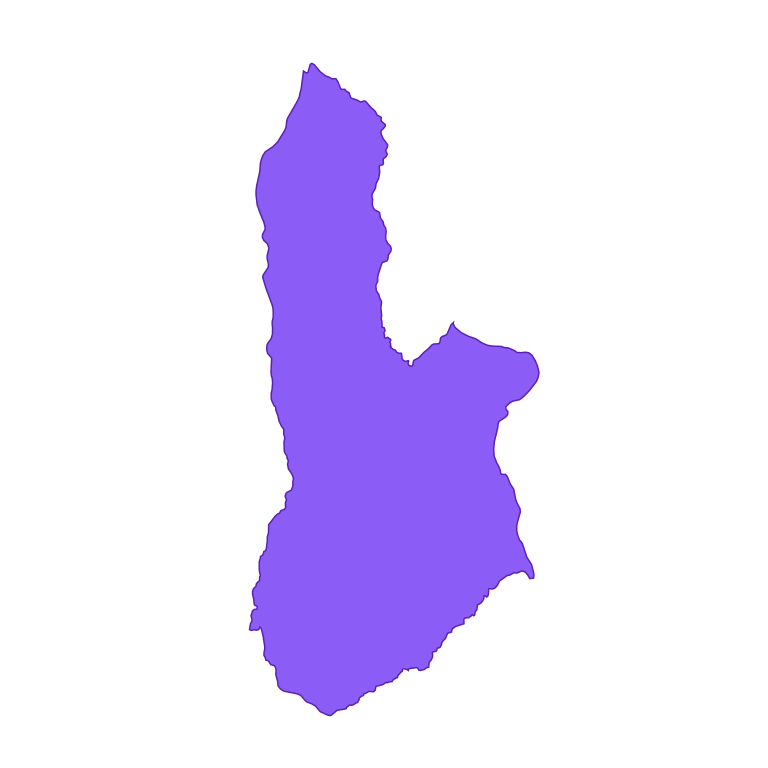 the district of Valparaíso, Antioquia, Colombia, rotated 355°
{"feature_id": "7082276B83090451858896", "entity_name": "Valparaíso", "entity_type": "district", "adm_level": 2, "iso_a3": "COL", "parent_name": "Colombia", "parent_adm1": "Antioquia", "projection": "natural_earth1", "projection_center": [-75.63, 5.665], "detail": "fine", "context": "isolated", "style": "filled", "palette": "violet", "viewbox_px": 768, "rotation_deg": 355, "n_neighbors": 0, "source": "geoboundaries", "source_scale": "gbopen_adm2", "svg_char_len": 6146}
<svg xmlns="http://www.w3.org/2000/svg" viewBox="0 0 768 768"><g transform="rotate(355 384 384)"><path d="M228.6,617.0L230.8,618.0L233.3,617.4L235.3,618.1L237.7,617.8L239.1,615.4L239.8,615.7L240.1,616.3L240.8,619.1L241.6,624.8L242.3,634.9L242.2,637.2L241.0,641.3L240.8,644.0L241.8,646.1L242.3,648.9L243.8,649.2L244.7,649.9L246.8,653.7L250.2,655.0L251.0,656.5L251.6,659.2L250.9,664.3L252.1,670.8L252.1,674.8L252.3,675.6L253.6,677.9L254.7,679.2L257.4,681.2L269.9,684.9L273.8,686.8L278.2,692.9L279.7,694.2L283.8,696.1L287.8,698.9L291.5,704.4L292.6,705.3L298.9,708.8L301.4,709.6L302.7,709.3L308.8,705.0L317.5,704.3L318.0,704.2L318.6,702.8L320.1,702.1L321.0,701.0L322.2,700.8L323.7,701.2L325.8,700.8L328.3,699.3L329.8,699.0L331.6,696.4L332.1,694.6L334.1,693.1L335.6,692.8L336.6,692.1L336.8,691.0L337.1,690.8L338.9,690.5L342.1,688.9L346.1,689.6L347.3,689.5L348.6,688.2L349.5,684.8L349.9,684.5L356.5,683.4L360.3,681.4L361.2,681.9L363.3,681.2L366.2,681.2L367.0,679.8L368.4,678.8L369.7,678.4L370.1,677.8L371.7,677.7L372.5,675.7L375.8,672.5L377.2,671.8L377.5,670.0L378.2,669.4L379.3,669.4L382.2,670.6L383.3,671.5L383.6,670.3L384.4,669.7L391.6,669.4L392.7,669.8L393.7,672.0L395.5,672.6L399.4,671.8L401.4,670.4L403.9,670.0L404.4,666.2L405.9,663.8L407.0,663.1L408.5,660.2L408.9,657.8L408.7,655.9L409.0,655.2L412.4,654.9L413.5,653.8L413.7,652.2L414.0,651.8L416.5,651.5L416.9,651.2L418.1,649.4L419.6,645.8L423.1,642.8L425.6,637.9L429.6,637.0L430.6,633.9L434.5,631.7L442.8,629.8L443.0,625.6L443.7,624.7L445.2,624.0L447.7,624.3L450.7,622.7L451.5,621.5L451.9,621.5L453.0,622.7L454.1,622.3L454.9,619.0L456.8,617.0L457.8,612.4L461.2,610.8L463.6,608.5L464.5,607.0L465.3,603.8L466.0,603.7L467.7,605.1L468.7,604.7L469.6,602.7L470.5,597.4L471.3,597.0L472.9,597.5L474.6,597.6L476.6,597.0L479.4,594.5L481.9,590.3L489.9,585.6L493.1,585.2L496.7,583.4L500.4,583.9L504.4,582.4L506.5,582.6L509.0,584.4L509.5,585.6L510.3,586.3L512.3,590.6L516.1,590.4L516.7,587.4L516.5,584.0L515.2,576.6L511.2,569.0L508.1,555.6L507.1,553.5L505.5,551.4L504.5,548.3L503.6,544.0L503.5,540.8L503.9,537.1L504.6,533.9L508.7,523.4L508.6,520.0L506.2,514.4L505.1,510.3L504.1,500.3L501.0,494.4L498.7,486.7L497.2,484.7L493.4,484.2L492.5,483.1L492.3,480.1L491.2,476.5L489.4,472.3L487.7,466.4L487.4,465.0L487.6,458.4L488.9,451.1L493.5,437.5L494.0,434.5L495.1,431.4L502.2,427.5L503.7,426.3L504.7,424.6L505.0,422.1L503.3,420.1L503.3,417.5L504.5,416.2L508.1,413.6L510.8,412.3L517.7,411.4L522.4,408.4L528.7,402.8L536.2,394.6L538.2,390.5L539.4,386.0L538.5,379.7L536.7,373.9L534.0,368.3L530.9,365.5L527.8,364.7L522.8,364.7L519.1,364.1L517.2,362.3L511.3,359.0L506.5,358.0L504.1,356.8L494.5,355.6L490.4,354.4L485.3,351.7L479.2,346.9L472.2,343.8L465.3,339.5L459.7,333.8L458.1,329.9L458.4,328.9L455.9,330.9L451.4,339.4L450.2,340.6L445.9,341.8L444.3,343.1L443.5,346.8L442.1,348.7L437.3,348.5L435.5,349.0L431.1,352.8L426.5,356.0L420.9,360.9L415.8,363.0L415.1,364.3L414.5,367.2L414.0,368.1L413.1,368.7L410.4,367.8L409.7,365.3L410.6,363.4L410.3,362.9L406.9,363.3L404.8,361.7L404.2,360.1L404.2,356.3L403.9,354.9L401.0,354.5L399.2,353.2L398.1,351.1L396.6,350.6L393.6,347.8L393.5,347.2L394.1,347.1L394.2,346.5L393.9,345.6L394.1,344.5L393.3,342.5L394.6,341.0L394.4,339.9L392.7,338.8L391.8,337.8L389.3,338.5L388.8,338.2L388.5,337.3L388.7,335.1L388.3,333.1L389.7,330.8L389.1,328.0L387.1,327.3L387.3,321.1L386.8,318.9L387.6,315.7L387.5,307.9L388.7,302.4L388.6,301.2L387.2,297.9L386.7,294.5L384.5,290.6L384.4,285.6L384.8,284.3L386.7,281.1L387.0,277.0L387.8,274.4L391.7,265.0L393.0,262.7L397.3,261.8L398.4,260.7L399.0,259.0L399.5,256.0L402.5,252.2L403.0,249.5L402.4,247.2L400.0,244.2L398.6,241.0L398.4,239.4L398.6,236.5L399.3,233.2L399.3,229.3L397.6,225.5L397.3,222.4L394.9,218.3L394.6,213.3L393.5,211.9L390.0,209.8L388.7,207.5L388.2,205.9L388.1,202.7L388.7,199.3L388.3,195.5L389.1,193.1L392.5,188.3L393.6,183.8L396.5,179.0L398.2,172.4L398.2,166.8L399.3,165.9L402.0,165.4L402.7,164.0L402.7,160.7L403.0,159.7L406.0,157.6L407.3,155.5L406.0,151.6L408.1,148.1L408.5,146.0L404.6,139.6L403.3,135.9L402.8,132.9L403.5,131.0L405.5,129.7L407.5,127.5L407.9,126.5L407.8,125.6L404.5,122.2L404.0,120.4L404.6,118.6L404.4,118.0L400.6,115.5L399.0,111.6L394.4,106.5L390.3,100.7L388.4,100.3L385.1,101.1L382.0,98.8L376.2,96.3L375.8,95.6L374.5,90.6L372.1,89.2L370.6,87.0L367.3,86.8L366.4,85.7L364.5,79.2L362.7,75.6L358.8,75.5L356.2,73.6L352.6,72.0L347.5,67.2L342.4,59.9L340.2,58.4L339.5,58.4L338.2,59.5L335.4,67.0L333.7,67.4L331.1,65.2L327.2,82.8L325.5,87.3L324.7,90.5L322.6,94.3L311.4,110.4L310.2,112.7L308.8,119.6L307.5,122.3L299.2,133.6L293.8,138.1L286.0,142.3L283.4,145.6L281.4,149.6L280.1,153.5L278.8,161.4L274.4,175.5L273.4,180.3L273.0,184.2L273.3,194.5L275.5,203.2L278.4,212.2L279.2,217.4L279.1,219.1L278.7,220.3L276.2,224.0L275.6,227.2L276.7,230.4L280.1,234.2L281.1,238.3L280.6,240.5L278.8,245.9L278.5,249.0L279.3,254.3L278.9,257.6L273.7,264.1L272.8,265.8L272.5,267.3L274.7,278.0L279.3,294.8L280.0,298.6L279.9,302.9L279.3,308.5L278.1,311.8L277.8,314.6L277.9,318.3L277.2,324.7L275.4,329.2L271.9,333.1L270.9,334.8L270.4,337.4L270.2,339.8L270.7,343.3L274.0,347.9L274.2,349.3L272.5,362.0L272.5,365.4L273.2,369.1L273.1,373.3L272.0,379.9L270.8,383.4L270.4,389.1L270.8,391.1L272.6,396.0L274.0,397.4L274.0,400.8L275.5,406.3L276.3,412.0L278.0,416.7L280.3,420.7L279.7,424.9L280.5,429.0L279.3,433.1L278.8,442.4L279.7,445.0L281.0,447.1L280.9,449.5L281.9,451.7L281.9,452.5L280.9,455.7L281.4,460.4L283.7,464.3L285.1,467.7L285.5,470.6L284.7,473.3L284.2,478.0L282.5,481.4L282.0,481.9L278.1,483.4L276.9,484.4L276.0,486.1L275.8,487.9L276.6,489.8L276.6,491.0L275.4,493.8L275.2,498.6L274.2,499.8L273.2,500.3L270.0,501.3L268.7,503.6L266.9,504.1L264.2,506.1L256.8,514.1L256.0,522.0L254.4,526.2L254.1,529.7L252.4,538.0L251.4,539.8L249.6,540.5L248.7,543.2L248.1,543.9L246.0,545.0L245.5,547.1L244.2,550.4L243.5,558.5L244.1,564.2L243.4,565.4L242.7,569.3L240.9,570.3L239.4,572.0L238.7,574.5L236.2,576.4L235.1,578.9L234.7,581.8L235.5,587.2L235.5,592.0L236.2,593.4L237.6,593.9L238.1,594.5L238.2,596.3L237.5,597.3L235.1,597.2L233.0,598.9L232.5,600.7L231.3,603.2L232.0,607.1L231.8,608.4L230.1,611.1L228.6,617.0Z" fill="#8b5cf6" stroke="#5b21b6" stroke-width="1.5"/></g></svg>